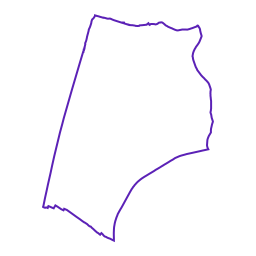 Heemstede, Noord-Holland, Netherlands
{"feature_id": "6326949B37301636239269", "entity_name": "Heemstede", "entity_type": "district", "adm_level": 2, "iso_a3": "NLD", "parent_name": "Netherlands", "parent_adm1": "Noord-Holland", "projection": "orthographic", "projection_center": [4.618, 52.343], "detail": "fine", "context": "isolated", "style": "outline", "palette": "violet", "viewbox_px": 256, "rotation_deg": 0, "n_neighbors": 0, "source": "geoboundaries", "source_scale": "gbopen_adm2", "svg_char_len": 5414}
<svg xmlns="http://www.w3.org/2000/svg" viewBox="0 0 256 256"><path d="M113.9,240.6L113.9,240.3L113.9,239.7L113.9,238.6L113.8,234.9L113.8,233.4L113.8,232.6L113.9,230.5L113.9,230.1L114.0,228.4L114.1,227.1L114.2,226.5L114.4,225.4L114.5,224.8L114.6,224.2L114.8,223.1L114.9,222.7L115.3,221.1L115.4,220.7L115.6,220.2L115.8,219.5L115.9,219.1L116.1,218.7L116.4,217.6L116.7,216.9L117.2,215.7L117.8,214.0L118.2,213.3L119.4,211.1L120.6,209.0L121.3,207.9L122.7,205.4L125.2,200.8L130.3,191.5L130.8,190.7L131.3,189.8L131.5,189.4L132.4,188.2L132.7,187.7L133.0,187.2L133.3,186.8L133.7,186.4L134.2,185.7L134.7,185.0L135.1,184.6L135.9,183.7L136.7,182.8L137.3,182.2L137.8,181.7L138.5,181.1L139.0,180.7L139.7,180.1L140.8,179.2L141.4,178.8L141.9,178.4L143.0,177.7L143.9,177.1L144.7,176.6L145.9,175.9L149.5,173.7L151.2,172.7L154.2,170.9L155.6,169.9L157.9,168.6L164.9,164.3L165.8,163.8L168.6,162.1L170.0,161.2L171.5,160.3L172.5,159.8L175.2,158.0L178.0,156.8L179.6,156.1L181.5,155.5L181.9,155.4L184.1,154.8L185.6,154.4L186.5,154.1L192.1,152.9L200.2,151.1L203.2,150.4L203.3,150.4L204.7,150.1L208.3,149.3L207.7,148.0L207.5,147.5L207.3,146.8L207.1,145.9L207.0,145.1L207.1,144.0L207.2,142.6L207.3,141.2L207.4,139.9L207.6,139.2L207.8,138.5L208.3,137.2L208.9,135.8L209.7,134.5L210.7,132.8L210.9,132.5L210.9,131.3L210.9,130.0L211.0,129.5L211.0,128.9L211.5,126.8L212.0,124.5L212.3,123.5L212.8,122.0L212.9,121.5L212.5,120.2L211.9,118.4L211.7,117.8L211.3,115.4L211.3,115.1L211.1,114.4L210.7,113.2L210.6,112.9L210.5,112.3L210.7,111.3L210.9,110.3L211.0,109.0L211.1,108.6L211.1,106.9L211.1,104.2L211.1,102.4L211.1,101.8L211.1,101.5L211.1,101.0L210.9,99.6L210.8,98.6L210.7,97.4L210.5,95.8L210.5,94.2L210.4,93.2L210.5,92.3L210.5,91.5L210.8,89.8L210.8,89.6L210.5,88.4L210.2,87.5L209.1,84.3L209.0,84.1L208.3,82.8L207.9,82.3L206.3,80.5L205.4,79.7L203.8,77.9L202.8,77.0L202.4,76.6L201.6,75.7L201.2,75.3L198.0,71.0L197.4,70.3L197.0,69.3L196.1,67.6L195.8,67.1L195.4,66.0L194.9,64.6L193.5,60.6L193.2,59.6L193.1,59.0L193.0,58.8L192.8,57.1L192.5,56.3L193.0,53.5L193.2,52.7L193.7,51.3L193.8,51.0L194.0,50.7L194.5,49.5L194.9,48.8L195.3,48.2L195.8,47.2L196.5,46.2L197.2,45.3L198.7,43.1L199.1,42.4L199.4,41.8L199.5,41.6L200.8,38.4L201.1,37.6L201.4,36.9L201.5,36.7L201.6,36.2L201.5,35.4L201.4,35.2L200.8,33.2L200.7,32.8L200.3,31.1L200.2,30.8L200.1,30.0L200.1,29.7L199.8,28.7L199.3,27.7L199.2,27.5L198.9,27.2L198.7,26.8L198.2,25.9L196.6,26.5L196.6,26.4L196.5,26.5L194.7,27.2L194.4,27.3L192.6,28.0L191.7,28.3L191.0,28.5L190.2,28.8L189.3,29.1L188.9,29.2L187.8,29.5L187.4,29.6L184.8,29.5L182.4,29.5L180.5,29.9L179.8,30.0L178.6,30.3L177.6,30.4L177.2,30.4L176.6,30.3L176.3,30.2L175.7,30.0L175.5,29.9L174.8,29.7L174.4,29.5L172.6,28.7L172.2,28.5L171.9,28.3L171.5,28.2L171.0,28.0L169.8,27.5L168.4,26.9L167.8,26.6L167.7,26.5L167.5,26.3L166.7,25.9L165.9,25.5L165.5,25.2L165.1,24.8L164.8,24.6L164.5,24.2L163.9,23.8L163.7,23.6L163.2,23.2L162.7,22.8L162.4,22.6L162.2,22.5L161.5,22.4L161.2,22.3L160.7,22.4L160.6,22.5L159.6,22.6L159.2,22.6L158.9,22.7L158.7,22.8L158.2,23.2L157.9,23.5L157.5,23.8L157.4,23.8L157.0,24.0L156.7,24.1L155.8,24.4L155.6,24.4L155.4,24.4L154.4,24.1L154.2,24.1L153.0,24.0L151.3,24.0L151.0,24.0L150.9,24.0L150.7,24.1L150.4,24.2L150.3,24.3L150.2,24.4L150.0,24.5L149.7,24.9L149.2,24.6L149.0,24.2L148.4,23.2L147.0,24.3L146.7,24.7L142.2,25.2L139.6,25.4L139.1,25.9L137.5,26.0L135.7,25.9L134.9,25.6L132.3,25.2L131.3,25.2L130.1,25.1L128.5,24.6L128.5,24.8L127.6,24.5L126.0,24.0L123.9,23.3L123.9,23.0L124.0,22.9L124.0,22.6L123.0,22.5L122.3,22.5L122.2,22.5L122.1,22.8L119.3,21.9L117.1,21.2L113.7,20.1L112.2,19.5L111.0,18.9L110.5,18.8L109.9,18.5L109.0,18.7L108.7,18.7L108.3,18.7L108.1,18.7L107.8,18.7L107.2,18.6L105.5,18.1L105.1,18.0L103.6,17.6L103.3,17.8L102.1,17.4L99.6,16.7L99.1,16.5L98.7,16.4L98.4,16.3L97.6,16.1L96.6,15.9L96.4,15.8L96.0,15.6L95.0,15.4L95.0,15.7L95.0,16.0L94.9,16.1L94.8,16.3L93.3,18.5L93.2,18.6L92.5,19.1L92.2,19.5L92.0,19.9L91.8,20.4L91.7,20.7L91.6,21.2L91.4,21.9L91.3,22.9L90.8,24.6L90.2,26.4L89.7,27.7L89.6,27.8L89.1,28.9L88.9,29.3L88.8,29.6L88.7,30.1L88.7,30.4L88.6,30.9L88.1,32.8L87.9,33.6L87.9,33.8L87.7,34.2L87.3,35.8L87.0,36.9L86.8,38.2L86.6,38.9L86.5,39.5L86.2,40.6L86.1,41.0L85.9,41.4L85.6,42.2L85.5,42.5L85.3,42.8L85.2,43.2L85.2,43.6L85.2,43.9L85.2,44.1L85.3,44.2L85.2,44.7L84.8,46.3L84.5,48.2L84.3,48.1L84.0,49.9L83.7,49.8L83.6,50.4L83.4,52.0L83.1,52.0L80.1,62.0L71.9,89.8L63.8,118.1L62.2,124.3L60.0,132.4L54.3,155.9L52.1,165.7L50.6,172.8L47.9,184.7L46.5,191.3L45.1,197.6L43.4,206.0L43.1,206.7L43.1,207.0L43.7,207.3L45.1,207.8L46.1,207.4L46.7,207.6L47.7,208.0L48.0,207.2L48.1,206.7L48.4,206.1L50.4,206.9L51.9,207.6L53.7,208.3L54.0,207.7L54.7,206.6L55.4,205.4L55.9,205.7L57.7,206.8L59.9,208.3L61.2,209.2L63.5,210.3L64.0,209.4L64.2,208.8L66.7,209.9L66.8,209.9L71.0,212.9L76.4,216.8L80.0,219.3L82.1,220.9L84.1,222.3L84.3,222.3L84.5,222.4L84.8,222.6L86.2,223.5L87.0,224.0L87.9,224.8L88.4,225.4L89.6,226.3L89.8,226.3L90.0,226.4L90.5,226.5L90.8,226.6L91.0,226.8L91.3,227.2L91.4,227.3L91.5,227.5L92.2,228.1L92.7,228.5L93.7,229.4L94.5,230.2L94.9,230.5L95.1,230.8L96.1,231.6L96.4,231.9L96.7,232.2L97.4,232.7L97.5,232.7L98.0,233.0L98.5,233.3L99.1,233.9L100.1,234.7L101.4,233.1L102.6,234.2L102.8,234.5L103.8,235.7L104.5,236.3L104.8,236.5L105.4,236.7L105.8,236.8L106.1,236.9L106.5,237.2L107.4,237.7L107.6,237.8L108.4,238.1L108.9,238.3L109.2,238.4L109.7,238.5L112.2,239.8L113.0,240.2L113.9,240.6Z" fill="none" stroke="#5b21b6" stroke-width="2"/></svg>